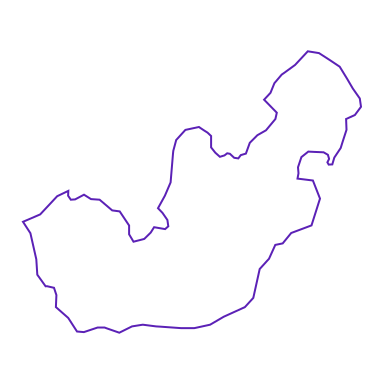 Nyong-et-So, Centre, Cameroon
{"feature_id": "32672807B23369878558765", "entity_name": "Nyong-et-So", "entity_type": "district", "adm_level": 2, "iso_a3": "CMR", "parent_name": "Cameroon", "parent_adm1": "Centre", "projection": "natural_earth1", "projection_center": [11.573, 3.467], "detail": "fine", "context": "isolated", "style": "outline", "palette": "violet", "viewbox_px": 384, "rotation_deg": 0, "n_neighbors": 0, "source": "geoboundaries", "source_scale": "gbopen_adm2", "svg_char_len": 1554}
<svg xmlns="http://www.w3.org/2000/svg" viewBox="0 0 384 384"><path d="M185.4,129.9L176.2,140.0L173.3,150.8L173.0,153.6L170.6,182.4L164.9,195.7L158.0,208.2L162.5,212.9L167.4,220.0L168.3,226.3L165.1,229.1L154.1,227.2L150.7,232.6L144.3,238.9L142.9,239.3L133.5,241.7L129.1,234.3L129.1,225.5L119.7,211.4L112.2,210.4L99.6,199.7L91.0,199.1L84.0,194.7L75.1,199.4L70.8,199.7L68.1,195.7L68.3,190.9L57.2,196.2L40.2,214.4L23.0,221.8L30.4,233.2L36.3,259.3L37.3,274.7L45.6,286.3L47.0,286.2L54.0,287.8L56.4,295.1L55.9,307.1L68.2,317.9L77.0,331.5L83.9,332.1L85.4,331.6L97.7,327.5L104.5,327.5L106.9,328.4L119.3,332.7L132.0,326.4L140.8,325.0L142.8,324.7L156.1,326.4L161.0,326.7L180.6,328.1L194.4,328.1L195.9,327.8L210.1,324.7L223.8,316.7L225.8,315.8L233.5,312.3L244.9,307.1L253.3,297.9L259.7,269.0L267.5,260.4L269.0,258.8L275.3,244.9L282.7,243.4L291.2,233.0L311.5,225.4L320.0,198.6L312.9,180.5L297.5,178.6L298.5,173.3L298.0,167.3L301.4,157.1L308.3,151.6L314.1,151.9L323.6,152.3L327.9,154.8L329.1,158.9L327.4,162.3L328.7,164.6L332.3,164.4L334.3,157.6L340.7,148.0L342.5,142.2L346.5,129.8L346.1,119.0L354.9,115.0L361.0,106.8L359.8,98.5L352.8,88.5L347.0,78.6L339.7,66.7L330.3,60.4L319.0,53.1L307.8,51.3L298.1,61.7L295.0,65.0L284.0,73.0L281.7,74.6L274.4,83.2L270.5,92.8L264.1,99.7L276.8,112.7L275.4,119.0L266.0,130.3L257.4,135.2L249.8,142.8L245.9,153.6L240.8,155.1L238.3,158.4L234.2,157.8L229.9,153.8L227.2,153.3L224.5,155.4L219.9,156.8L215.3,152.7L211.1,147.4L211.1,136.0L207.5,132.6L204.0,130.4L198.9,127.0L185.4,129.9Z" fill="none" stroke="#5b21b6" stroke-width="2"/></svg>